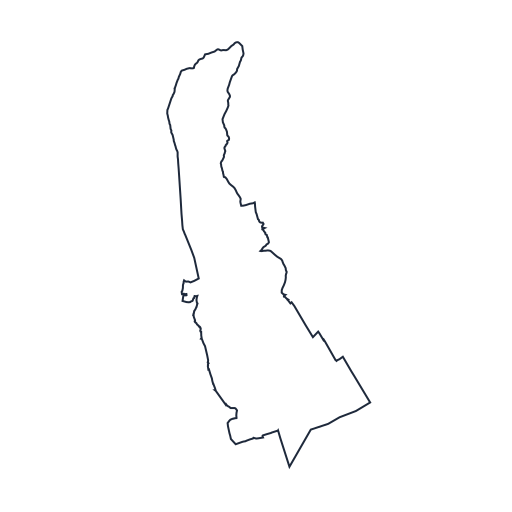 Valea Seaca, Bacau, Romania (Albers equal-area conic projection), rotated 78°
{"feature_id": "2599482B95868275621614", "entity_name": "Valea Seaca", "entity_type": "district", "adm_level": 2, "iso_a3": "ROU", "parent_name": "Romania", "parent_adm1": "Bacau", "projection": "albers", "projection_center": [27.011, 46.251], "detail": "fine", "context": "isolated", "style": "outline", "palette": "slate", "viewbox_px": 512, "rotation_deg": 78, "n_neighbors": 0, "source": "geoboundaries", "source_scale": "gbopen_adm2", "svg_char_len": 6064}
<svg xmlns="http://www.w3.org/2000/svg" viewBox="0 0 512 512"><g transform="rotate(78 256 256)"><path d="M59.2,289.9L59.4,290.3L60.3,291.3L62.2,292.3L64.7,294.2L66.5,295.1L67.2,295.8L70.1,297.7L72.5,299.0L73.9,299.9L74.8,300.3L75.1,300.8L76.3,300.9L78.5,301.6L80.2,302.8L81.4,304.0L82.3,304.3L84.2,306.0L93.5,311.4L94.7,312.3L98.2,313.2L100.4,313.1L102.1,313.2L104.8,313.1L106.4,312.9L108.7,313.1L110.1,312.7L113.9,313.1L115.7,312.7L116.9,313.1L117.6,313.2L120.3,312.4L125.1,312.3L126.4,312.5L128.5,312.2L130.7,312.1L132.0,311.9L133.3,311.9L135.4,311.7L136.5,311.3L138.2,311.1L142.5,312.0L145.2,312.2L149.1,312.8L154.5,313.5L184.9,317.9L199.2,320.1L206.4,321.0L210.5,321.6L214.7,322.0L216.9,321.5L219.7,321.1L220.8,320.8L236.7,318.0L245.0,316.8L266.1,316.7L267.5,321.6L268.2,325.6L267.5,326.5L266.8,327.7L266.7,329.0L266.3,330.2L264.9,331.4L266.3,332.2L267.6,332.5L268.1,332.9L269.3,333.5L272.2,334.2L274.7,335.3L275.6,336.2L277.9,336.3L277.9,334.4L278.3,334.1L278.6,333.3L278.7,332.0L279.9,332.1L280.0,332.4L279.8,333.4L279.4,334.8L279.4,335.2L284.7,337.2L286.6,333.6L287.2,331.7L287.4,330.4L287.4,330.0L287.1,329.6L286.7,327.5L286.4,327.2L284.4,326.0L284.3,325.4L282.4,324.4L283.1,322.4L282.8,321.9L282.8,321.7L283.1,321.9L283.6,322.1L284.0,322.4L286.7,323.4L289.4,323.5L290.1,323.1L290.5,323.1L290.9,323.6L292.4,324.2L293.0,324.7L293.4,324.7L294.8,325.9L295.5,326.3L297.1,328.0L297.5,328.0L298.0,328.3L298.8,328.6L299.2,329.0L299.7,328.9L300.8,329.8L301.1,329.7L301.3,329.4L301.5,329.4L302.7,329.5L306.1,329.0L306.8,329.1L307.0,329.5L307.4,329.6L308.4,329.1L308.6,328.8L309.0,328.6L309.2,328.3L310.7,327.9L311.5,327.2L312.0,327.0L312.3,326.6L313.2,326.4L313.3,326.2L313.4,325.8L313.5,325.7L314.3,325.8L314.6,325.6L314.6,325.3L315.1,325.2L315.8,325.2L317.6,326.1L318.5,325.9L318.7,325.4L322.5,326.1L324.7,326.2L325.5,327.0L325.9,326.2L330.5,325.5L333.6,324.6L343.0,324.4L348.0,324.5L349.3,324.9L349.9,325.3L350.8,324.8L351.1,324.7L351.7,325.5L353.3,325.7L353.6,326.0L357.2,326.2L357.1,325.6L362.1,325.2L366.6,324.6L369.0,324.7L370.7,324.6L372.2,324.5L372.2,324.3L373.6,324.1L376.7,323.6L379.0,323.4L378.9,323.9L379.5,323.4L395.3,316.5L394.8,316.1L396.3,315.4L397.4,314.3L398.1,313.4L399.2,312.7L399.5,312.3L400.3,308.4L400.6,308.1L400.9,307.7L402.3,307.0L403.1,306.7L405.4,307.7L407.1,308.2L407.8,308.4L410.2,308.7L410.5,308.8L410.3,310.6L410.3,311.3L410.5,311.6L410.3,312.1L410.4,313.1L410.8,315.1L411.6,316.3L413.5,318.5L416.7,318.8L423.9,318.8L426.4,318.6L429.8,318.6L435.9,315.0L435.0,308.3L434.9,307.0L435.0,304.8L434.7,303.8L434.1,299.8L433.9,296.9L433.3,296.3L434.6,293.8L434.8,291.8L435.0,286.9L434.2,287.1L433.1,286.9L432.9,286.5L432.5,282.3L432.2,278.0L432.0,277.6L431.5,272.6L431.4,272.1L431.5,271.6L431.4,270.9L431.2,270.7L439.2,270.1L469.1,267.1L437.2,238.5L435.2,220.3L431.1,207.7L428.4,190.5L423.0,174.8L393.7,184.9L388.7,186.7L372.6,192.0L374.3,195.8L374.8,198.0L375.3,199.0L374.7,199.2L374.5,199.8L354.3,206.2L351.9,207.1L352.3,207.5L345.0,210.0L342.9,210.9L347.2,217.2L333.9,221.9L312.9,228.9L308.7,230.8L309.5,232.2L306.5,233.6L305.7,234.1L305.4,233.5L304.5,234.4L304.6,234.5L303.8,235.1L301.5,236.5L301.6,237.0L301.3,237.1L301.0,237.1L300.7,236.7L300.1,235.4L299.7,236.2L298.9,237.3L297.2,238.5L294.7,237.9L292.6,236.6L290.6,235.0L287.7,233.1L285.3,232.0L283.2,231.3L281.4,231.0L279.8,230.3L278.9,229.7L278.2,229.4L277.5,229.3L276.9,229.6L275.7,229.7L274.1,229.5L271.2,230.2L269.6,230.8L267.3,231.2L266.1,231.3L264.8,231.8L264.0,232.3L261.1,235.4L258.7,237.3L254.7,240.2L254.1,240.7L253.6,241.6L253.3,242.5L253.0,243.1L252.8,245.6L252.5,247.1L252.4,249.4L252.2,250.2L252.0,250.6L251.8,250.3L251.1,249.1L250.2,248.4L249.2,247.3L248.8,246.7L248.1,244.6L247.6,243.9L247.0,243.5L246.7,242.8L246.5,241.9L246.0,241.2L245.2,240.5L240.3,240.6L240.1,241.0L237.6,241.1L236.9,242.1L236.0,242.3L235.2,242.1L234.5,242.5L233.4,243.1L232.1,243.4L231.3,244.3L230.3,244.0L230.6,243.4L230.3,243.1L230.3,242.5L230.5,242.2L230.4,241.8L229.7,243.3L229.2,244.0L228.5,244.0L227.9,243.7L226.5,242.1L226.0,242.0L225.8,242.2L224.8,242.4L224.4,244.2L223.9,245.0L223.4,245.4L222.5,245.7L221.1,245.8L220.4,246.4L215.1,246.7L213.1,247.1L207.4,246.6L204.2,246.1L203.3,246.1L203.8,247.9L203.6,251.1L204.1,255.3L204.1,258.1L203.9,259.3L203.8,260.0L200.7,260.1L199.4,260.0L197.3,259.2L196.7,259.1L194.9,259.6L192.3,260.7L192.0,260.9L190.7,261.4L189.1,261.8L187.6,262.1L185.1,262.9L183.5,263.9L181.5,265.6L179.6,267.0L177.7,267.7L174.6,268.6L172.7,269.6L172.5,269.8L172.2,270.8L171.8,271.0L169.9,270.9L168.2,271.0L166.7,270.8L165.6,271.1L162.9,271.1L161.8,271.3L160.6,271.3L159.4,271.1L158.0,271.2L156.3,270.2L155.7,269.2L155.4,269.0L152.7,266.9L151.8,266.6L151.0,266.6L150.4,266.3L148.9,265.2L148.1,264.9L147.0,264.2L145.3,264.4L144.1,264.5L143.6,264.4L142.7,263.8L142.5,263.3L141.8,262.8L141.2,262.5L140.8,261.7L140.5,261.6L140.1,260.9L139.2,260.3L137.9,260.4L137.5,260.3L137.2,259.6L136.7,258.3L135.5,257.9L134.2,257.9L133.5,258.1L132.3,258.9L131.9,259.0L128.5,258.6L126.5,258.9L125.2,259.2L124.7,259.4L123.9,260.0L122.9,260.1L121.6,259.9L118.3,260.6L115.2,260.3L110.7,257.3L108.0,255.0L105.3,253.0L103.2,251.7L101.9,251.6L100.5,251.3L98.4,251.3L97.7,251.0L94.9,248.4L94.4,248.3L93.6,248.2L91.8,248.6L89.7,249.5L88.9,249.6L88.0,249.5L86.4,248.9L83.0,246.7L80.6,245.5L75.1,242.1L74.4,241.3L73.8,239.7L72.8,238.1L71.5,236.6L70.6,236.0L69.2,235.6L66.6,233.3L62.8,231.3L61.6,230.2L58.9,228.9L57.8,227.4L56.8,226.7L55.3,226.1L51.3,226.1L47.8,225.8L44.1,228.2L43.6,228.7L43.2,229.1L43.0,229.7L42.9,231.0L43.1,231.8L43.4,232.6L44.5,234.0L44.8,234.7L45.5,236.5L46.4,237.8L48.0,240.3L48.3,241.2L48.5,242.5L47.9,244.6L47.7,245.6L47.7,247.3L47.5,247.7L47.3,248.1L46.2,249.5L45.9,250.2L45.9,250.6L46.1,251.4L47.4,254.0L47.7,257.2L48.3,260.6L48.2,263.0L48.2,263.9L50.6,265.6L51.2,266.2L51.5,266.7L51.7,267.2L51.8,269.2L52.0,270.4L52.2,270.9L52.6,271.6L54.4,273.0L55.0,273.9L55.4,274.9L56.1,275.9L57.0,276.6L58.4,277.4L59.0,277.5L59.2,277.8L59.3,278.4L59.2,279.4L58.9,280.7L58.5,281.4L58.4,282.1L58.5,284.9L59.0,287.2L59.2,289.9Z" fill="none" stroke="#1e293b" stroke-width="2"/></g></svg>